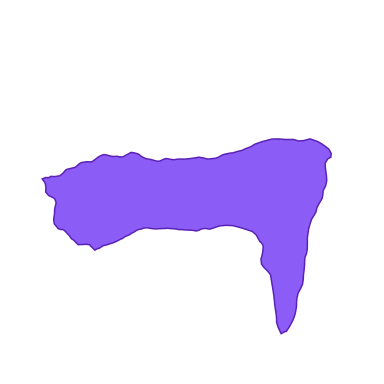 the district of Khamdang, Tashi Yangtse, Bhutan, rotated 113°
{"feature_id": "84629894B8594333696948", "entity_name": "Khamdang", "entity_type": "district", "adm_level": 2, "iso_a3": "BTN", "parent_name": "Bhutan", "parent_adm1": "Tashi Yangtse", "projection": "orthographic", "projection_center": [91.563, 27.489], "detail": "fine", "context": "isolated", "style": "filled", "palette": "violet", "viewbox_px": 384, "rotation_deg": 113, "n_neighbors": 0, "source": "geoboundaries", "source_scale": "gbopen_adm2", "svg_char_len": 3270}
<svg xmlns="http://www.w3.org/2000/svg" viewBox="0 0 384 384"><g transform="rotate(113 192 192)"><path d="M283.5,50.7L278.1,49.7L274.0,49.3L270.3,49.0L266.3,49.2L262.4,49.7L256.8,51.0L252.5,52.7L248.2,54.1L243.4,54.8L238.2,54.3L233.7,54.2L229.1,55.4L224.8,57.0L220.9,58.1L216.5,59.4L212.3,61.0L208.5,62.4L203.7,62.6L199.6,63.6L194.7,65.5L189.4,67.8L184.8,69.1L180.4,70.2L174.6,71.0L169.8,71.2L166.2,70.6L162.2,70.1L157.2,70.9L151.5,70.3L147.1,69.7L143.4,70.5L139.5,71.8L134.3,71.4L128.9,72.4L125.1,74.3L121.3,76.5L117.4,78.8L113.3,80.7L108.5,80.0L105.7,77.8L102.0,79.0L99.0,82.9L97.8,87.6L96.9,92.1L96.4,95.9L97.0,104.2L101.0,109.2L103.4,113.9L104.0,119.2L107.0,126.1L109.4,133.3L112.1,139.2L118.2,147.1L123.4,152.8L127.4,155.6L131.3,159.7L134.3,162.4L136.6,165.6L140.1,169.8L141.4,172.3L141.9,173.0L144.9,177.3L146.6,179.0L149.8,181.4L152.0,183.9L153.4,186.6L155.1,189.5L155.6,190.8L156.3,195.3L157.1,198.7L157.5,199.7L158.7,201.4L160.3,204.0L162.8,208.3L164.1,210.7L164.5,211.4L167.2,217.8L169.2,220.9L169.8,222.7L170.1,223.7L171.1,228.3L171.5,229.2L172.7,230.7L176.1,233.7L176.7,234.9L177.5,237.0L177.7,239.0L178.1,242.4L179.1,246.4L179.3,248.5L179.0,252.7L178.4,254.6L178.1,255.5L178.1,257.3L178.5,260.2L178.9,262.1L179.5,263.7L180.3,264.4L181.5,265.2L182.8,266.3L184.2,267.4L186.3,269.0L187.1,270.2L187.9,272.4L188.3,274.5L188.9,276.0L189.9,277.9L190.3,279.3L190.6,280.3L191.2,284.4L191.9,287.5L192.9,288.9L194.2,290.2L195.8,291.5L196.8,292.2L201.2,294.6L202.5,295.5L203.2,296.0L203.8,296.8L204.2,298.0L205.3,300.7L207.0,303.6L208.3,305.4L209.7,306.6L210.5,307.0L214.9,309.1L220.0,316.0L221.3,316.9L225.1,318.1L227.8,319.5L228.8,320.1L229.7,321.6L230.5,322.9L231.2,324.0L231.9,325.6L232.4,327.0L232.7,328.0L234.8,329.5L235.3,330.9L235.8,332.2L236.9,333.4L237.9,334.4L238.4,335.0L239.1,334.0L240.7,331.3L242.2,329.9L245.2,328.1L249.2,326.7L250.8,323.5L251.3,322.3L251.5,317.5L252.1,315.5L253.8,313.9L254.5,313.2L256.1,312.6L259.1,312.2L261.8,311.6L264.9,310.4L268.5,309.3L269.9,309.1L271.8,308.4L275.1,306.3L277.6,301.6L278.1,300.8L278.0,299.9L277.7,297.7L277.1,296.6L277.1,295.1L277.6,293.7L278.2,292.2L278.8,290.9L279.2,290.2L280.1,287.9L280.7,287.0L281.6,285.5L282.2,284.6L282.2,283.7L282.8,281.4L285.0,276.2L281.5,269.0L281.2,267.9L280.4,265.3L281.3,264.6L281.6,263.4L283.5,258.6L281.9,257.7L279.9,255.3L276.2,252.9L274.9,251.1L274.0,249.9L272.5,248.1L271.4,246.9L269.9,245.1L268.6,243.8L267.5,242.7L266.0,241.4L263.2,239.2L262.0,237.9L259.0,236.1L256.2,233.2L253.1,231.1L251.1,229.4L249.1,228.1L247.5,226.7L246.1,224.5L245.3,223.5L244.5,222.8L243.6,221.5L242.3,218.8L241.8,216.3L241.5,215.2L241.0,213.5L239.9,210.3L238.5,207.7L236.7,203.9L236.1,202.5L235.1,200.8L234.6,199.2L233.5,195.9L232.6,193.3L232.2,191.7L231.6,188.9L230.6,186.9L230.2,185.1L229.2,182.5L228.0,179.1L227.3,177.7L226.2,172.8L224.6,170.8L222.1,168.6L220.4,165.7L219.2,161.0L212.4,153.3L209.3,147.5L207.0,141.2L206.0,134.5L205.4,128.9L204.8,121.0L206.4,116.1L211.3,109.9L211.5,108.5L213.6,105.5L219.0,103.6L222.8,102.8L226.8,102.3L231.2,99.8L233.4,96.2L235.0,92.0L237.4,87.5L241.3,85.0L244.3,83.1L249.5,79.8L254.2,76.9L257.5,75.0L261.9,72.6L266.4,70.0L271.9,66.6L275.1,64.9L279.1,63.1L282.7,60.0L287.6,54.6L284.4,52.1L283.5,50.7Z" fill="#8b5cf6" stroke="#5b21b6" stroke-width="1.5"/></g></svg>